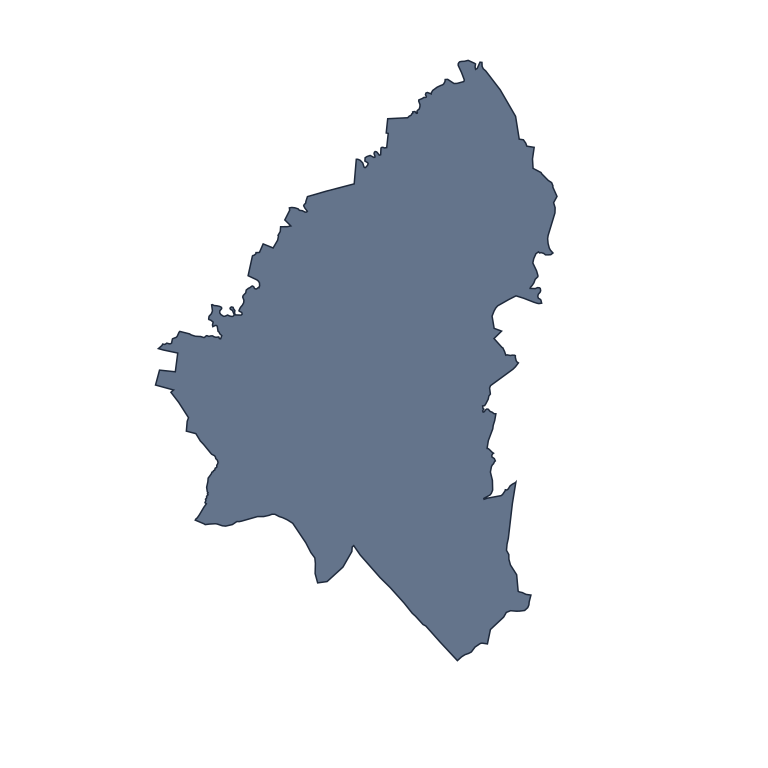 Capalna, Bihor, Romania, rotated 73°
{"feature_id": "2599482B45096841934086", "entity_name": "Capalna", "entity_type": "district", "adm_level": 2, "iso_a3": "ROU", "parent_name": "Romania", "parent_adm1": "Bihor", "projection": "mercator", "projection_center": [22.103, 46.737], "detail": "fine", "context": "isolated", "style": "filled", "palette": "slate", "viewbox_px": 768, "rotation_deg": 73, "n_neighbors": 0, "source": "geoboundaries", "source_scale": "gbopen_adm2", "svg_char_len": 6164}
<svg xmlns="http://www.w3.org/2000/svg" viewBox="0 0 768 768"><g transform="rotate(73 384 384)"><path d="M554.8,505.6L556.3,496.2L547.1,476.8L534.8,463.7L530.6,462.1L529.7,460.2L540.7,456.7L568.1,444.3L580.3,437.7L599.4,428.8L611.8,423.9L615.2,421.8L625.4,417.0L627.6,414.8L647.0,405.9L670.0,394.7L667.6,389.6L666.5,385.6L666.4,381.9L665.8,378.8L662.2,373.9L660.4,368.2L660.3,366.8L660.7,365.5L662.8,361.1L649.9,354.0L641.9,337.7L638.2,333.8L637.8,329.2L639.9,324.0L640.8,320.9L641.7,315.7L639.9,311.9L637.6,310.0L634.9,308.9L628.8,305.2L626.7,309.7L623.9,312.7L622.4,315.4L621.4,316.3L605.2,312.9L594.0,316.0L588.1,315.8L583.6,314.5L578.9,315.5L573.2,313.2L567.9,310.2L535.9,296.2L516.4,286.6L516.7,287.1L517.3,290.4L518.3,293.2L520.7,295.9L521.3,297.6L520.6,298.9L521.6,299.5L524.3,302.9L525.0,304.6L523.4,318.6L523.5,322.0L522.6,322.0L521.1,315.0L519.9,313.3L517.2,311.1L507.9,308.5L499.3,308.0L494.4,305.4L493.0,304.0L492.3,302.6L490.7,301.2L490.1,300.0L487.6,300.3L485.3,302.1L483.8,301.8L482.6,300.6L482.2,299.5L481.0,300.5L477.4,302.4L476.1,303.4L475.8,304.2L475.4,304.1L468.7,300.8L458.7,293.1L455.6,291.7L451.3,288.8L445.2,285.7L444.6,287.4L442.5,288.9L441.3,290.5L438.6,291.7L438.2,292.5L438.0,293.3L438.5,294.5L439.8,296.2L439.9,297.4L438.6,297.6L437.2,295.9L436.3,296.5L433.8,296.1L434.1,294.1L432.7,292.4L429.0,288.8L426.1,287.2L424.7,285.2L418.7,284.2L416.7,282.6L407.6,256.4L406.0,253.3L403.1,249.3L401.6,250.5L400.2,250.8L396.9,250.6L395.3,250.1L394.7,250.7L393.9,252.9L393.7,254.8L392.1,257.8L392.1,259.1L388.2,259.2L384.1,259.8L383.5,260.5L372.7,265.5L367.8,256.1L363.0,262.4L350.7,260.8L346.4,257.4L344.0,254.9L342.5,252.5L339.7,239.9L338.3,232.0L342.8,225.4L349.6,216.8L351.6,213.9L352.4,212.4L352.8,209.6L349.6,209.4L348.7,209.8L347.1,211.3L345.0,211.3L343.2,210.1L341.9,207.9L340.6,206.9L338.3,206.6L337.4,207.3L336.7,209.0L337.0,211.4L335.3,216.3L334.4,215.7L333.0,213.4L331.1,211.1L328.1,208.8L326.4,205.5L325.4,205.1L320.4,205.0L311.8,206.3L308.0,204.2L303.8,200.6L302.8,197.6L304.2,196.9L304.3,195.3L305.8,193.1L307.7,191.8L308.5,189.3L309.1,186.7L308.1,184.1L304.7,185.7L302.3,186.2L297.6,186.0L292.8,185.0L289.9,183.6L270.4,170.5L265.4,168.8L260.2,168.8L255.2,163.7L244.9,165.0L244.0,164.5L240.5,164.8L237.2,167.5L229.1,171.7L227.7,172.0L221.4,178.4L212.2,176.2L201.6,171.2L198.3,177.9L195.2,178.0L191.2,179.3L189.4,183.1L166.5,179.9L136.8,186.8L114.3,195.2L111.6,196.9L108.9,197.3L105.1,196.3L104.3,198.1L109.5,202.6L109.9,204.4L107.4,204.2L104.7,202.9L103.8,203.6L99.1,208.9L98.9,212.7L98.2,215.5L98.0,217.3L98.5,218.4L99.6,219.5L101.1,219.9L108.9,218.8L116.6,218.3L117.7,218.9L118.1,219.4L117.9,226.2L117.1,229.2L111.3,234.0L110.7,236.5L112.5,237.2L114.5,239.2L115.0,240.4L115.1,242.4L115.7,246.5L117.5,251.6L119.5,253.7L120.4,254.0L117.9,257.3L118.0,258.8L119.5,259.8L121.3,259.4L122.0,259.7L122.1,260.6L121.6,262.0L122.2,264.1L122.5,267.6L123.6,268.1L127.4,267.9L129.1,268.5L131.2,269.8L132.2,272.1L132.9,272.8L134.3,272.7L134.8,273.1L134.6,273.9L132.6,274.7L132.3,275.4L132.2,277.0L133.3,277.2L133.7,278.3L134.7,279.3L135.0,279.9L135.2,281.5L136.3,283.5L131.4,302.9L144.6,308.5L145.6,306.7L158.7,312.3L158.4,314.5L157.3,315.9L157.1,317.2L157.5,317.9L163.8,320.2L163.8,321.6L160.5,322.8L159.7,323.4L159.1,324.5L159.6,325.5L160.9,326.2L163.4,326.0L164.4,326.4L164.4,327.4L161.4,330.4L161.5,333.8L162.1,335.9L165.2,337.1L167.5,335.0L168.5,334.7L170.0,335.7L171.6,338.4L171.5,339.0L170.6,339.7L166.4,339.7L163.2,341.3L161.9,342.7L161.2,343.9L161.0,344.8L183.9,354.0L182.7,382.9L182.4,402.4L186.5,405.3L188.1,406.0L189.1,407.9L190.1,408.7L192.8,408.2L196.4,406.8L196.8,407.4L196.9,408.4L196.4,409.4L194.4,411.4L193.2,414.1L191.4,414.9L189.4,417.8L188.2,420.6L187.9,423.0L190.3,423.4L198.1,430.9L205.6,426.9L205.3,430.4L203.4,436.9L207.8,438.6L210.8,441.8L211.0,441.6L212.3,442.0L215.4,443.7L221.5,450.3L214.7,458.6L221.7,464.6L221.5,466.0L220.9,468.0L221.9,468.4L222.3,469.1L222.9,470.6L222.8,471.7L223.1,472.4L240.7,482.3L246.9,475.5L248.2,474.4L250.7,473.5L253.7,474.2L255.3,475.4L254.9,475.7L255.8,478.0L255.7,478.7L254.8,479.9L252.8,480.2L251.8,481.2L251.8,481.8L252.7,484.2L252.8,485.6L253.9,488.3L256.4,489.6L258.2,492.8L259.5,493.7L263.0,493.5L265.2,494.4L267.2,496.4L268.8,498.9L271.3,501.2L272.0,501.2L273.9,499.2L274.9,499.1L275.9,499.4L276.3,500.6L274.5,505.9L272.5,506.2L270.1,505.1L268.4,505.8L266.6,505.9L265.8,507.1L265.7,507.6L266.2,508.8L267.0,509.2L267.8,508.9L269.4,507.4L274.1,507.0L274.7,507.7L275.1,508.8L275.0,509.6L273.9,511.7L272.3,513.4L272.7,516.2L272.4,517.6L269.9,519.7L268.0,520.3L266.0,519.6L264.5,517.2L263.2,517.0L261.8,518.4L260.3,521.0L259.3,523.5L257.9,524.9L257.9,525.7L264.0,526.7L266.3,528.5L268.1,531.5L270.6,532.7L271.2,532.6L272.4,530.9L274.9,529.3L277.4,530.8L279.1,530.9L278.7,528.2L279.1,527.1L280.0,526.6L285.1,527.3L286.3,526.5L287.9,526.4L290.3,525.0L293.0,527.0L292.5,528.1L290.7,528.3L290.2,531.1L289.1,532.8L287.9,533.8L287.4,535.3L287.3,537.5L286.0,539.2L285.9,539.8L287.0,542.2L286.9,542.7L285.0,545.4L283.2,550.4L280.7,554.0L279.2,555.3L274.0,563.9L274.6,564.9L277.9,567.8L278.6,568.9L278.9,572.8L279.1,573.2L282.8,575.2L283.1,576.3L282.9,577.4L281.4,579.8L282.0,581.4L282.0,582.2L281.1,584.0L282.2,585.0L284.2,589.4L286.9,585.2L294.1,572.2L311.3,580.0L305.1,594.6L318.2,602.8L328.2,587.0L329.6,590.2L341.6,585.7L359.1,580.8L362.1,583.1L371.3,586.8L376.5,578.4L384.8,576.3L389.0,574.2L399.8,569.8L400.8,569.3L403.1,567.0L404.5,566.6L406.2,566.7L408.0,565.7L410.3,565.6L411.8,566.5L412.8,567.7L414.4,568.1L414.8,568.6L415.2,570.1L416.9,571.1L417.0,572.3L417.9,573.2L418.0,574.3L419.5,575.5L422.6,579.7L425.9,581.0L430.9,583.8L435.5,584.5L436.5,584.0L437.4,585.0L438.5,584.7L439.5,586.5L441.1,586.9L442.0,588.4L443.2,588.3L445.2,589.9L446.6,588.9L449.1,592.2L455.2,598.9L457.4,601.7L458.1,603.4L459.0,604.3L465.1,597.0L466.2,596.1L466.9,592.0L468.3,586.2L469.1,584.5L472.3,580.1L473.6,577.0L474.1,570.1L472.5,564.9L473.3,562.7L473.5,560.1L473.8,543.7L475.6,537.8L476.0,532.3L475.8,529.2L476.7,526.4L480.1,523.0L482.1,520.1L485.6,516.2L490.5,512.0L513.0,505.2L523.9,503.2L530.1,501.0L535.6,502.1L545.2,505.3L554.8,505.6Z" fill="#64748b" stroke="#1e293b" stroke-width="1.5"/></g></svg>